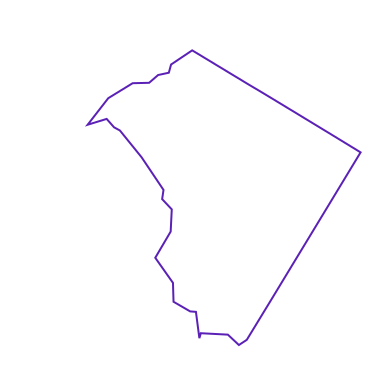 outline of Forsyth, Georgia, United States of America, rotated 121°
{"feature_id": "52423323B49486175403600", "entity_name": "Forsyth", "entity_type": "district", "adm_level": 2, "iso_a3": "USA", "parent_name": "United States of America", "parent_adm1": "Georgia", "projection": "robinson", "projection_center": [-84.104, 34.193], "detail": "fine", "context": "isolated", "style": "outline", "palette": "violet", "viewbox_px": 384, "rotation_deg": 121, "n_neighbors": 0, "source": "geoboundaries", "source_scale": "gbopen_adm2", "svg_char_len": 572}
<svg xmlns="http://www.w3.org/2000/svg" viewBox="0 0 384 384"><g transform="rotate(121 192 192)"><path d="M70.7,198.1L70.5,264.8L93.5,275.6L101.7,273.3L109.1,281.2L109.2,281.3L120.5,285.0L129.3,298.9L154.7,312.1L188.1,316.1L173.3,302.8L176.7,292.1L176.4,285.5L188.2,253.1L204.9,217.5L213.5,213.9L217.3,200.4L236.9,189.9L267.3,189.6L279.7,161.5L295.6,151.3L295.3,132.1L292.7,126.9L313.5,110.4L308.5,111.7L295.8,87.8L299.0,73.0L290.5,68.9L245.7,68.6L151.1,68.2L71.2,67.9L70.9,108.9L70.7,153.5L70.6,179.4L70.7,198.1Z" fill="none" stroke="#5b21b6" stroke-width="2"/></g></svg>